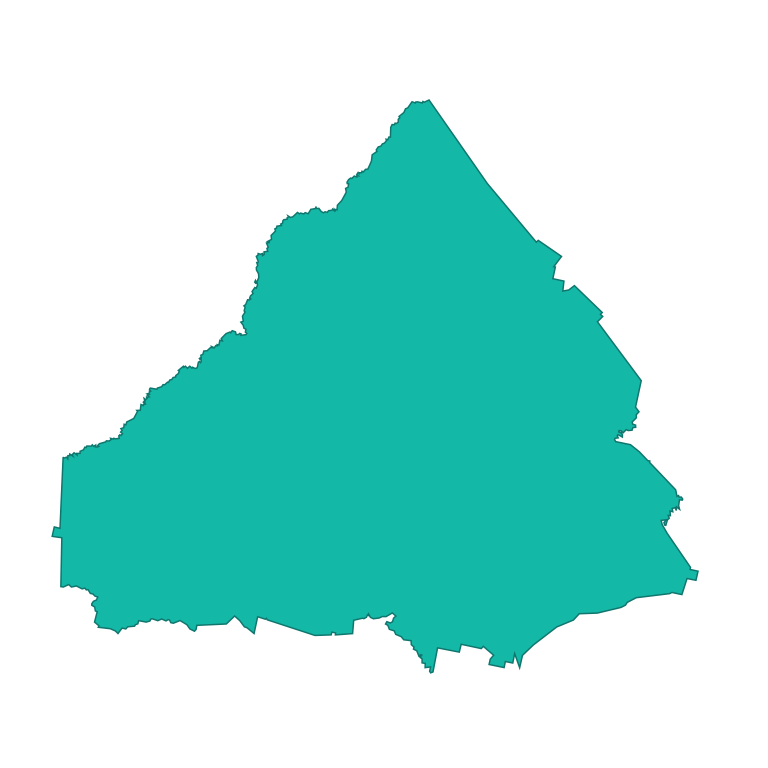 the district of Narromine, New South Wales, Australia, rotated 93°
{"feature_id": "25037944B72215071742446", "entity_name": "Narromine", "entity_type": "district", "adm_level": 2, "iso_a3": "AUS", "parent_name": "Australia", "parent_adm1": "New South Wales", "projection": "albers", "projection_center": [147.895, -32.232], "detail": "fine", "context": "isolated", "style": "filled", "palette": "teal", "viewbox_px": 768, "rotation_deg": 93, "n_neighbors": 0, "source": "geoboundaries", "source_scale": "gbopen_adm2", "svg_char_len": 6134}
<svg xmlns="http://www.w3.org/2000/svg" viewBox="0 0 768 768"><g transform="rotate(93 384 384)"><path d="M636.9,660.6L640.4,656.0L641.9,656.6L642.7,644.5L644.7,639.3L647.1,636.6L641.5,632.8L642.1,629.0L639.9,627.3L638.9,620.4L637.4,619.7L636.4,617.3L633.2,616.6L634.2,609.0L632.9,605.3L631.1,604.7L630.6,603.1L632.2,597.5L630.3,593.7L632.0,589.3L630.6,587.2L630.9,585.8L633.5,584.4L633.9,581.8L630.9,575.3L634.7,568.2L638.8,565.0L640.8,560.3L638.9,558.8L634.8,558.3L631.9,528.9L623.5,521.0L628.0,515.5L633.8,510.7L634.6,508.0L640.0,500.7L623.0,498.0L625.1,490.2L624.2,489.1L625.6,488.3L638.7,439.8L637.3,423.6L634.5,423.1L635.1,419.3L637.1,419.4L634.9,402.3L621.5,401.9L619.0,393.1L619.4,391.8L617.9,389.4L615.3,388.3L615.9,387.4L614.7,387.2L617.7,385.4L619.0,382.3L617.9,376.5L616.3,373.5L616.2,369.8L612.2,363.7L615.1,360.0L617.3,362.2L620.9,363.0L622.3,365.2L621.2,368.7L623.6,369.9L624.8,367.5L628.7,365.8L630.0,360.8L633.4,359.2L635.4,353.6L638.4,350.9L638.9,343.5L642.9,343.1L645.1,340.3L647.2,340.7L648.7,337.3L654.2,334.8L654.3,333.9L652.4,333.5L652.7,332.1L655.3,333.5L656.4,331.6L660.5,331.4L660.9,328.2L665.1,328.1L664.1,322.7L668.5,323.4L670.0,322.3L669.0,320.0L644.7,316.7L647.8,294.8L639.9,293.3L643.1,273.0L640.8,271.1L649.1,260.3L653.2,263.5L658.6,264.4L660.9,249.2L654.8,248.3L655.9,240.8L646.4,239.4L660.2,233.7L647.7,231.5L636.7,221.1L617.6,198.8L609.8,182.5L603.2,177.0L601.6,159.0L594.7,135.6L592.2,131.3L589.4,129.7L584.2,120.9L578.4,87.8L577.1,85.6L578.7,75.5L562.4,71.2L563.7,62.2L554.5,60.6L553.2,68.6L551.1,68.3L518.3,93.4L509.9,98.8L505.7,100.1L504.8,95.0L507.8,97.2L510.2,96.3L510.4,95.2L505.0,93.9L503.1,92.1L500.4,93.3L500.5,91.1L495.9,91.7L496.5,88.9L493.2,89.7L492.3,86.9L495.0,85.5L491.4,85.5L493.6,82.3L490.2,83.4L484.2,82.9L484.3,80.0L483.3,79.7L481.4,81.1L481.5,83.4L480.0,84.0L480.9,85.5L474.4,87.2L448.4,114.7L447.0,114.5L446.7,116.6L438.3,125.5L431.7,134.7L429.4,149.7L427.2,150.9L426.1,150.3L425.5,147.3L423.5,148.4L422.3,147.7L424.5,143.2L422.2,143.2L420.3,144.7L419.6,147.1L418.2,146.9L418.3,144.8L420.2,142.6L416.9,139.7L417.7,137.8L417.2,133.9L414.5,133.2L414.1,130.4L411.9,130.6L411.1,133.5L409.0,134.2L404.5,130.2L401.5,130.5L398.4,127.9L393.9,131.6L367.2,127.3L310.7,174.1L305.1,169.1L303.1,171.5L301.2,169.8L275.8,199.0L280.5,204.5L281.8,210.3L271.8,209.7L270.0,220.9L258.2,219.0L258.0,220.6L247.3,213.4L232.5,237.5L234.4,239.3L178.4,291.3L98.0,353.9L100.5,358.5L99.8,359.9L101.3,360.4L100.5,365.1L100.7,367.0L101.7,367.4L100.7,370.8L107.1,374.8L108.0,376.9L111.9,378.4L116.0,383.0L117.2,382.2L118.9,383.6L121.8,383.5L123.2,385.1L122.9,386.6L124.5,387.1L124.5,389.5L127.4,390.7L137.1,390.5L137.1,392.0L139.8,393.0L139.5,394.7L140.6,394.2L143.4,396.1L144.3,398.2L146.7,399.6L147.5,402.1L150.6,404.0L152.1,403.2L155.7,407.8L162.0,408.2L170.3,411.4L170.6,413.7L173.3,415.7L172.7,417.1L174.2,417.4L174.3,419.5L175.3,419.8L174.1,420.9L176.4,422.2L177.5,420.5L177.6,422.0L178.7,422.0L177.9,424.6L180.4,426.8L180.1,428.1L181.8,430.1L184.4,431.5L185.8,431.2L185.8,429.8L189.4,430.2L190.7,432.6L194.4,431.7L203.0,435.8L207.9,439.9L212.5,440.0L212.2,441.2L213.4,441.7L212.1,442.8L213.5,442.8L212.0,444.5L213.2,445.0L213.8,448.4L215.6,449.7L215.1,451.9L216.2,453.4L215.0,455.8L212.0,458.2L212.3,460.4L211.0,461.2L212.5,462.0L213.4,466.2L217.9,468.6L217.0,471.7L218.3,473.0L217.7,476.3L218.5,477.4L217.2,479.4L221.9,483.9L222.5,486.2L221.2,488.6L222.3,488.0L223.1,489.4L224.5,489.4L225.2,492.7L226.3,493.5L228.7,493.7L229.7,495.5L231.1,494.7L232.0,499.2L234.0,499.6L234.8,501.1L237.0,500.4L241.5,504.5L245.5,503.9L248.0,508.1L248.6,507.7L247.7,506.0L248.8,506.1L249.4,508.7L253.7,506.7L254.7,508.0L257.6,507.1L258.3,510.7L260.9,510.4L262.1,512.0L260.1,512.2L260.9,514.2L260.3,516.5L262.0,516.6L263.2,518.2L268.2,516.0L269.4,516.1L269.4,517.4L272.3,516.3L274.4,517.6L276.9,517.3L280.4,515.1L284.2,514.6L288.0,516.0L288.7,517.0L287.3,517.8L289.1,518.4L290.2,517.3L289.8,515.9L291.8,515.5L295.0,516.6L294.4,518.0L298.6,520.6L300.5,519.5L303.0,521.9L305.3,522.7L306.0,521.5L307.1,522.7L307.0,524.6L311.9,526.3L313.3,528.0L314.5,526.7L318.3,527.5L319.4,526.5L323.7,528.9L328.7,527.8L329.7,530.2L332.6,527.7L335.6,526.8L336.6,524.7L339.4,525.2L340.6,523.6L341.9,524.3L342.9,529.4L341.5,529.3L341.0,530.7L342.3,532.0L342.3,534.3L339.7,535.0L338.7,538.4L340.9,539.8L340.2,540.6L342.0,544.4L347.1,548.9L349.4,547.7L348.9,550.2L353.7,550.9L353.4,552.7L354.6,552.5L354.5,554.1L356.7,555.3L355.7,557.9L356.7,557.3L356.5,559.0L360.0,562.3L360.5,565.7L363.8,566.4L364.9,568.4L366.9,568.0L368.2,569.7L369.2,568.9L368.6,567.9L371.4,567.7L372.3,568.5L371.2,569.5L372.0,570.5L377.6,571.4L378.4,573.4L377.3,576.0L378.2,576.6L376.4,578.9L378.6,581.1L376.6,583.3L377.8,584.7L376.8,585.3L381.2,590.1L381.9,589.1L384.2,589.8L386.4,592.3L387.9,592.5L388.6,595.0L390.7,596.2L391.2,598.1L393.7,599.3L393.5,600.3L396.3,603.0L396.2,604.6L398.4,606.0L399.9,610.1L401.1,610.5L400.3,617.2L401.5,617.9L403.3,616.7L403.4,617.9L405.3,617.7L406.2,619.9L406.9,618.1L407.7,619.7L409.2,617.8L409.8,619.7L409.0,620.8L410.9,619.9L412.0,621.0L410.9,622.8L413.2,622.1L414.8,623.4L415.8,622.6L414.7,621.9L416.4,622.0L416.4,620.5L417.2,623.2L418.1,623.3L417.2,625.6L423.0,626.0L423.3,629.5L424.3,628.7L431.5,632.1L435.4,638.9L438.3,639.6L437.8,641.4L441.3,641.6L442.3,644.4L444.1,643.1L445.8,644.5L447.3,642.5L449.2,643.9L448.5,645.1L449.6,646.1L452.1,645.6L452.9,649.7L452.3,650.9L453.1,651.5L452.6,654.2L453.8,653.7L455.3,655.4L455.3,658.3L456.4,658.9L458.5,665.1L460.7,666.9L461.3,665.7L462.0,667.2L461.9,668.9L460.1,668.8L461.5,670.7L460.0,672.1L461.4,673.2L461.5,677.5L463.0,678.1L462.7,679.4L465.5,680.7L467.1,684.0L469.2,683.8L469.4,687.2L471.0,686.8L468.9,689.9L470.9,691.7L472.3,690.9L470.4,694.1L472.0,694.2L472.1,695.9L475.3,695.9L473.7,697.3L474.9,700.0L473.7,700.6L545.1,700.0L544.0,705.8L553.5,707.4L554.4,697.7L603.3,696.1L603.5,693.5L600.8,688.4L603.1,685.5L601.8,680.6L604.4,674.7L603.5,672.1L605.2,670.5L604.8,668.8L608.5,666.3L608.9,663.7L610.9,661.6L611.7,658.7L614.8,659.9L616.2,662.8L618.7,664.3L620.2,664.3L621.9,661.2L625.7,660.4L626.4,658.5L636.9,660.6Z" fill="#14b8a6" stroke="#0f766e" stroke-width="1.5"/></g></svg>